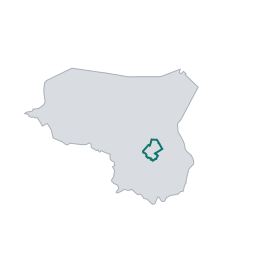 Beygee, Sala ad-Din, Iraq (highlighted), rotated 149°
{"feature_id": "34846034B92184872032162", "entity_name": "Beygee", "entity_type": "district", "adm_level": 2, "iso_a3": "IRQ", "parent_name": "Iraq", "parent_adm1": "Sala ad-Din", "projection": "mercator", "projection_center": [43.192, 34.889], "detail": "fine", "context": "in_parent", "style": "outline", "palette": "teal", "viewbox_px": 256, "rotation_deg": 149, "n_neighbors": 0, "source": "geoboundaries", "source_scale": "gbopen_adm2", "svg_char_len": 4477}
<svg xmlns="http://www.w3.org/2000/svg" viewBox="0 0 256 256"><g transform="rotate(149 128 128)"><path d="M106.4,50.9L108.0,50.4L111.0,47.9L112.7,45.6L113.3,45.4L114.9,46.1L116.0,46.4L118.6,45.5L120.1,45.9L121.4,46.5L122.1,46.6L125.6,48.0L126.5,48.2L128.3,48.4L130.9,48.5L132.7,47.5L133.9,46.6L134.7,46.6L135.6,46.8L136.2,47.2L136.8,47.9L137.1,48.9L137.0,52.0L137.3,52.9L137.7,53.5L138.3,53.6L139.1,52.9L140.3,51.9L141.9,50.8L143.1,49.8L143.7,49.5L144.8,49.5L145.8,49.7L146.4,50.2L146.4,50.3L146.9,51.8L148.3,57.3L149.1,58.0L150.0,58.6L150.6,59.4L150.8,60.2L150.8,61.5L150.8,63.0L151.1,64.1L151.7,64.9L152.1,65.4L152.8,65.4L153.7,65.6L154.3,66.5L156.1,72.7L156.3,73.5L157.0,73.7L158.3,73.6L159.6,74.3L161.0,75.3L162.3,77.1L163.2,77.4L165.9,77.2L169.7,77.5L171.4,78.4L171.2,79.0L169.9,79.7L167.5,80.5L166.8,81.8L166.4,83.5L166.5,84.5L167.1,85.6L168.7,87.7L168.8,88.4L169.1,89.5L169.4,90.2L169.1,91.6L167.6,92.6L165.6,93.6L161.5,98.3L161.2,99.3L161.3,102.0L160.9,102.8L159.6,102.8L158.6,102.7L158.5,103.6L157.9,104.9L157.5,106.0L159.0,108.6L159.3,110.0L159.0,111.3L157.7,113.5L156.9,114.9L157.1,115.3L158.1,115.9L161.5,120.6L162.5,122.3L163.9,121.9L164.5,121.9L164.9,122.2L165.1,122.7L165.1,123.4L164.8,124.5L166.6,124.9L167.2,126.0L169.3,129.7L169.2,130.8L168.2,132.6L168.2,133.7L168.4,134.8L168.7,135.1L171.8,135.3L173.1,135.7L176.3,137.6L180.0,140.5L183.0,142.8L185.5,144.8L188.2,144.7L189.0,145.0L189.7,145.7L190.4,147.3L192.0,151.0L193.3,152.3L195.4,155.2L197.3,158.0L196.0,161.8L194.8,165.7L194.8,170.7L194.8,173.4L197.4,173.5L200.3,173.7L200.3,176.9L200.3,180.1L200.4,183.8L201.2,184.0L202.6,184.7L203.1,185.9L203.9,186.6L204.7,186.7L205.6,187.3L206.5,188.3L206.8,189.1L206.5,189.7L206.7,190.6L207.3,192.0L208.1,192.7L209.2,193.5L207.6,193.9L206.0,193.6L202.5,192.0L201.3,191.9L199.8,192.5L199.7,193.1L196.0,191.3L194.7,190.9L194.2,190.9L192.0,190.9L189.0,191.2L187.2,192.0L186.0,192.7L185.4,193.5L185.2,193.9L184.2,196.1L183.1,199.0L181.9,201.6L179.7,205.2L178.4,206.9L175.7,210.0L172.8,210.6L166.0,210.0L158.6,209.3L151.1,208.7L145.6,208.2L145.1,208.0L139.6,203.6L135.3,200.0L129.9,195.6L124.4,191.1L118.7,186.6L114.7,183.2L109.7,178.9L105.2,175.0L101.7,171.9L97.1,169.2L93.5,167.1L88.3,164.0L84.2,161.5L80.6,159.4L75.1,156.1L73.3,155.2L67.7,154.1L62.3,153.2L56.7,152.2L53.0,151.5L55.4,149.2L54.7,147.1L52.9,147.5L51.3,148.0L50.3,144.7L51.5,144.3L50.4,140.0L49.2,135.6L48.0,131.3L46.8,126.9L51.5,124.1L55.0,122.0L60.0,119.0L64.7,116.1L69.2,113.4L74.2,110.4L78.6,107.7L82.7,106.6L83.6,105.7L85.5,102.0L87.0,98.9L87.1,98.1L87.1,93.6L87.4,88.3L87.9,85.5L88.8,83.0L89.7,81.2L89.8,79.4L89.7,77.7L88.8,75.0L87.9,72.3L88.0,69.6L88.2,68.2L88.7,65.9L89.7,64.2L90.7,63.2L94.6,62.1L96.9,61.5L100.0,58.5L101.8,56.7L104.4,53.9L106.2,51.9L106.4,51.1L106.4,50.9Z" fill="#d9dde1" stroke="#a8b0b8" stroke-width="1"/><path d="M109.4,94.9L109.4,95.5L109.3,97.0L109.2,98.5L109.3,98.9L109.5,98.9L109.6,99.1L109.4,99.2L109.2,99.2L109.3,103.0L110.3,103.7L111.0,104.1L111.3,104.3L111.7,104.6L112.5,105.1L113.3,105.6L113.7,106.0L114.2,105.6L114.5,105.2L115.2,104.6L116.0,103.7L116.3,103.4L116.9,102.9L117.5,102.4L117.9,102.0L118.1,101.8L118.3,101.7L118.3,102.0L118.3,102.5L119.4,102.9L120.0,102.7L121.6,102.1L123.3,101.6L125.4,100.9L125.9,100.7L126.6,100.6L126.9,100.5L127.0,100.3L127.5,99.6L127.5,99.4L127.5,99.1L127.5,98.9L127.3,98.8L127.2,98.7L126.5,97.8L126.4,97.7L126.3,97.3L126.2,97.0L126.1,96.8L126.0,96.6L126.0,96.4L126.0,96.2L126.0,95.9L126.0,95.7L126.1,95.2L126.4,94.9L126.7,94.6L126.9,94.5L126.8,94.0L126.8,93.6L126.7,93.3L126.6,93.0L126.5,92.9L126.5,92.7L126.4,92.5L126.4,92.4L126.4,92.2L126.0,92.1L125.8,92.1L125.6,91.9L125.3,91.6L125.0,91.3L124.7,91.0L124.2,90.4L124.0,90.2L124.0,89.9L124.3,89.8L124.4,89.7L124.6,89.6L124.7,89.4L124.6,89.1L124.6,88.9L124.4,88.9L124.2,89.0L124.1,88.9L123.9,88.8L123.7,88.7L123.6,88.3L123.6,88.1L123.6,87.9L123.7,87.7L123.7,87.3L123.5,87.2L123.4,87.2L123.2,87.2L122.8,87.2L122.6,87.1L122.4,87.1L122.1,87.2L121.9,87.3L121.4,87.5L121.1,87.5L120.9,87.4L120.6,87.4L120.4,87.3L120.2,87.1L119.9,86.9L119.7,87.0L119.3,87.4L119.1,87.6L118.6,87.9L118.3,88.1L118.1,88.2L117.7,88.3L117.3,88.4L116.9,88.7L116.7,88.9L116.8,89.1L116.9,89.5L116.8,89.8L116.8,90.0L117.0,90.3L117.2,90.7L117.4,91.2L117.8,91.3L117.9,91.7L117.9,92.0L118.0,92.3L115.8,92.3L115.5,92.3L113.6,92.3L113.3,92.3L113.0,92.3L112.4,92.3L112.1,92.3L111.2,92.4L110.8,92.4L110.5,92.4L109.4,92.4L109.4,93.1L109.4,93.8L109.4,94.5L109.4,94.9Z" fill="none" stroke="#0f766e" stroke-width="2"/></g></svg>